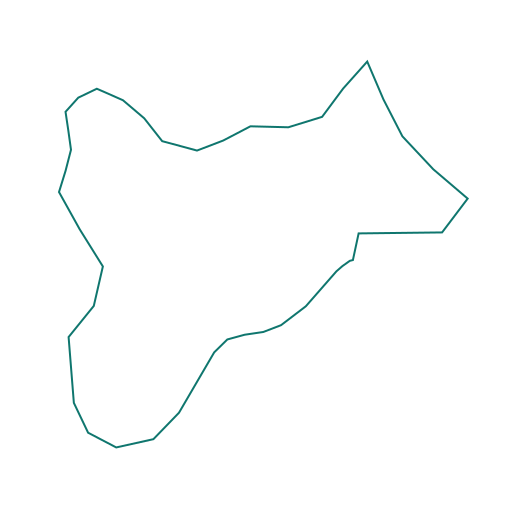 the District of Qubadli, rotated 276°
{"feature_id": "AZE-1736", "entity_name": "Qubadli", "entity_type": "District", "adm_level": 1, "iso_a3": "AZE", "parent_name": "Azerbaijan", "parent_adm1": "", "projection": "orthographic", "projection_center": [46.627, 39.307], "detail": "fine", "context": "isolated", "style": "outline", "palette": "teal", "viewbox_px": 512, "rotation_deg": 276, "n_neighbors": 0, "source": "natural_earth", "source_scale": "10m", "svg_char_len": 688}
<svg xmlns="http://www.w3.org/2000/svg" viewBox="0 0 512 512"><g transform="rotate(276 256 256)"><path d="M262.1,352.8L261.0,349.8L255.0,343.0L249.2,337.6L211.2,310.8L189.8,288.1L181.2,271.2L176.5,252.9L170.0,236.2L155.8,224.5L92.1,195.8L63.1,173.1L51.0,137.0L62.7,107.5L90.9,90.2L155.8,78.1L189.4,99.9L229.6,104.8L264.1,77.9L299.0,53.4L320.8,57.7L342.3,60.9L360.9,56.3L379.5,51.5L394.9,62.7L401.0,72.6L405.7,80.2L402.9,89.1L397.0,107.4L381.3,130.4L360.4,150.7L354.7,186.3L367.4,211.3L384.4,236.9L387.4,274.7L401.3,307.2L431.7,325.2L461.0,346.3L425.0,366.4L390.3,389.1L360.8,423.2L335.2,460.5L298.9,438.6L289.2,355.7L262.1,352.8Z" fill="none" stroke="#0f766e" stroke-width="2"/></g></svg>